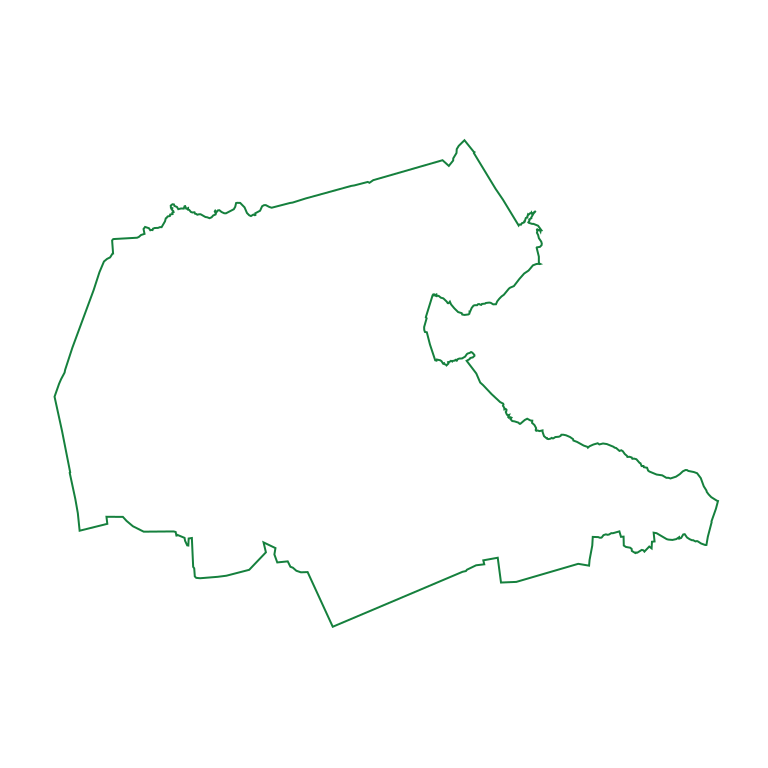 Lunca Corbului, Arges, Romania (Mercator projection), rotated 88°
{"feature_id": "2599482B7235716813280", "entity_name": "Lunca Corbului", "entity_type": "district", "adm_level": 2, "iso_a3": "ROU", "parent_name": "Romania", "parent_adm1": "Arges", "projection": "mercator", "projection_center": [24.731, 44.682], "detail": "fine", "context": "isolated", "style": "outline", "palette": "green", "viewbox_px": 768, "rotation_deg": 88, "n_neighbors": 0, "source": "geoboundaries", "source_scale": "gbopen_adm2", "svg_char_len": 6129}
<svg xmlns="http://www.w3.org/2000/svg" viewBox="0 0 768 768"><g transform="rotate(88 384 384)"><path d="M461.8,701.2L488.2,696.5L502.4,694.5L520.0,693.3L514.1,665.4L507.0,666.0L507.7,649.6L511.8,646.1L517.4,639.9L523.2,629.3L524.0,599.4L524.6,597.4L529.1,596.6L527.3,596.4L530.8,588.7L533.7,588.3L538.4,586.3L538.6,585.2L531.6,584.6L531.2,581.4L560.1,581.1L561.6,580.1L569.7,579.8L571.2,578.4L571.7,574.5L570.9,557.0L570.1,548.2L565.0,525.2L548.1,507.9L538.1,509.9L544.2,498.2L550.5,499.5L558.6,496.9L557.9,486.4L563.4,483.9L564.4,481.5L567.6,478.1L569.3,473.6L569.3,466.9L624.8,443.7L574.4,312.0L573.8,308.7L572.5,307.6L568.4,298.3L567.7,290.1L563.7,290.9L561.6,276.4L586.5,274.0L586.4,258.7L570.5,196.2L572.7,185.4L567.0,184.7L552.7,181.5L544.1,180.7L544.5,175.1L545.1,174.0L545.2,172.4L544.9,171.7L542.7,169.9L542.0,167.5L542.5,165.9L542.3,164.4L541.0,162.1L541.1,160.4L539.5,153.9L545.0,152.5L544.9,149.9L553.8,150.0L555.3,147.9L556.2,143.7L557.4,142.3L559.5,142.1L561.8,138.6L561.6,138.0L561.2,137.9L561.4,136.7L558.8,132.2L559.3,130.5L560.6,129.6L555.7,124.6L557.6,122.3L551.0,121.7L550.8,119.1L542.0,119.7L542.6,116.8L548.9,106.9L549.4,105.3L549.9,101.2L549.2,97.3L547.4,94.4L548.8,94.3L548.2,92.4L544.8,90.2L544.6,88.7L548.0,86.5L549.8,83.9L550.9,81.6L550.9,80.5L552.2,78.2L551.9,76.7L552.2,75.9L554.5,72.6L556.1,68.6L556.1,67.4L548.0,65.7L533.6,61.4L532.7,61.5L520.2,56.6L512.6,54.3L512.3,55.3L508.5,60.9L505.7,63.4L503.1,65.2L501.7,65.5L497.4,68.0L489.1,70.7L484.1,74.2L482.8,77.4L481.5,82.9L480.6,84.2L480.5,85.7L481.7,88.4L484.4,91.5L486.8,95.4L488.4,101.0L487.7,102.9L487.6,105.1L485.0,109.1L484.0,114.7L480.7,121.9L479.7,123.1L476.9,124.0L476.2,127.2L475.0,127.5L475.0,129.4L472.1,130.5L471.8,131.3L468.0,134.4L467.3,136.6L467.4,138.4L466.1,139.0L465.3,141.2L465.4,143.3L464.3,143.7L462.4,145.8L459.5,147.7L458.5,149.2L459.1,151.0L456.1,154.2L455.6,155.9L454.8,156.7L451.8,163.4L451.1,167.2L451.9,170.9L450.7,172.5L451.8,176.9L453.4,180.8L454.7,182.4L454.0,182.7L452.5,186.6L448.6,193.1L447.1,196.7L445.7,197.0L443.5,199.9L441.6,203.9L441.0,206.4L440.9,208.5L442.1,209.4L442.8,211.1L443.0,214.6L444.2,216.6L444.2,217.6L443.7,218.2L444.5,219.8L444.8,221.6L444.5,222.8L443.7,223.0L443.6,223.8L441.7,225.9L437.4,227.2L435.9,227.2L436.5,230.3L435.8,232.2L436.1,233.4L435.8,233.8L435.3,234.0L433.4,233.5L430.2,235.1L428.0,237.4L425.8,237.1L425.6,238.8L423.7,242.1L424.9,244.6L428.5,249.1L428.5,249.9L427.3,251.0L425.9,254.9L425.5,257.1L423.5,258.8L422.1,257.8L421.6,258.9L422.1,260.4L421.4,261.0L419.2,260.0L419.6,261.5L418.8,262.3L416.2,263.3L415.2,262.6L413.9,262.5L413.2,263.3L413.6,264.6L411.8,264.7L409.9,265.9L408.8,265.3L407.8,265.6L406.1,268.6L397.7,277.0L388.6,285.0L385.9,287.8L376.7,291.4L363.7,300.6L362.1,297.6L361.0,296.8L360.5,294.3L359.0,292.6L358.0,292.7L355.7,294.7L355.1,295.9L355.9,297.2L356.5,299.4L357.1,300.2L359.5,302.0L361.2,305.2L361.2,307.7L361.5,308.8L362.0,309.8L363.1,310.2L363.2,310.7L362.5,311.0L362.3,311.6L363.1,312.7L363.4,315.0L363.8,315.1L363.2,316.3L364.2,317.8L364.4,319.2L365.8,318.9L367.6,320.9L366.8,321.5L366.0,323.6L365.3,323.5L365.5,324.4L363.2,325.7L362.3,326.9L361.4,330.3L362.5,330.7L362.1,332.0L346.1,336.7L333.8,339.4L333.4,341.3L331.3,341.9L328.5,341.9L319.8,339.1L318.8,339.9L297.2,332.4L297.0,331.6L296.3,331.7L296.1,331.0L297.2,330.6L296.4,328.7L297.9,328.8L298.1,328.2L297.5,327.6L298.0,326.1L299.7,324.2L300.5,321.7L303.8,318.5L305.4,317.5L305.5,316.6L304.0,315.3L306.8,314.2L310.8,311.1L314.7,307.4L315.9,303.9L317.3,303.4L317.8,301.1L317.4,297.1L316.7,296.2L314.8,296.0L315.0,295.6L311.0,293.7L308.8,291.8L308.4,290.4L308.5,288.2L307.5,287.2L307.5,285.8L308.1,285.0L308.3,284.0L307.4,283.3L307.2,280.2L306.6,279.4L306.3,276.0L306.6,274.5L308.2,272.1L308.2,269.3L305.4,268.0L302.8,265.8L300.6,263.5L299.0,261.1L293.0,255.8L292.1,254.5L290.7,250.8L283.8,245.1L278.5,240.1L275.7,235.6L270.6,231.0L269.4,227.5L269.3,225.8L269.6,224.1L269.5,223.7L269.1,224.5L267.7,225.0L262.1,224.8L253.1,226.7L252.8,226.5L252.4,223.4L250.8,221.7L249.2,221.4L247.2,221.9L243.7,224.1L240.4,224.8L238.2,225.9L236.2,225.2L236.2,225.6L235.1,225.8L234.8,225.5L235.4,224.8L235.5,224.0L235.2,223.1L237.0,222.3L236.0,222.1L235.9,221.3L231.2,224.5L229.2,229.0L229.1,230.5L228.0,233.6L227.5,234.1L225.8,232.9L224.6,233.1L223.5,231.0L222.9,231.1L218.8,228.6L216.4,226.3L218.8,229.7L218.9,230.3L217.9,230.7L218.5,231.0L218.4,231.9L219.9,233.7L219.5,234.1L222.2,235.1L222.8,234.2L222.5,235.4L223.1,236.5L225.9,237.5L226.3,238.1L226.8,237.8L227.6,238.7L228.0,240.4L229.5,241.6L229.3,241.8L229.4,243.3L230.3,243.9L203.9,258.7L192.8,265.7L156.4,286.1L155.5,285.5L155.1,286.2L143.2,295.1L148.6,301.0L151.8,303.1L155.7,303.5L160.9,306.9L163.1,307.1L168.3,311.6L162.4,317.7L179.9,387.6L182.4,391.5L181.5,393.2L184.5,406.7L184.9,409.9L195.8,455.7L199.5,469.0L199.8,471.6L203.9,490.1L203.1,492.4L201.1,495.9L201.1,497.7L202.1,499.6L206.5,501.8L208.9,506.7L210.6,506.6L210.8,507.2L210.1,508.6L211.5,511.1L210.7,512.8L208.3,515.0L202.6,517.2L198.0,521.4L197.8,524.5L198.0,525.5L201.7,526.5L204.1,528.0L207.9,536.0L207.8,537.7L206.4,540.4L204.6,542.4L204.7,543.9L206.4,545.4L204.9,546.6L205.6,547.1L207.9,546.1L208.7,546.4L209.6,548.8L211.4,550.5L212.2,552.6L211.2,554.9L210.9,556.6L208.0,561.3L207.9,562.8L208.3,564.7L207.5,565.7L207.2,566.9L205.8,567.4L205.9,569.5L205.3,571.0L203.2,572.6L202.9,573.8L201.4,573.7L202.0,575.0L201.8,575.6L199.3,576.5L199.4,577.1L201.7,578.0L201.5,580.7L202.1,583.5L199.9,584.7L198.7,587.2L197.2,587.7L197.0,589.2L198.3,590.9L200.5,590.8L200.9,590.6L200.6,590.0L200.9,589.4L202.2,590.0L203.9,588.5L204.9,588.3L205.3,589.5L206.8,589.4L207.2,591.8L208.7,592.2L209.0,594.4L210.4,595.5L210.8,596.3L213.8,597.2L219.5,600.8L219.4,602.4L220.1,604.4L220.1,607.7L220.7,609.4L222.1,610.0L221.9,611.0L222.2,612.2L220.1,613.5L218.7,617.3L220.7,618.9L225.6,618.1L226.6,621.6L228.5,623.9L229.2,625.7L229.7,649.1L230.0,649.9L231.1,650.7L244.1,650.2L244.1,650.7L247.9,653.3L249.3,656.4L251.8,659.6L262.4,664.5L280.0,670.9L336.9,694.2L358.8,702.2L361.4,702.8L367.8,706.5L372.4,708.7L385.2,713.7L419.8,707.4L461.4,700.7L461.8,701.2Z" fill="none" stroke="#15803d" stroke-width="2"/></g></svg>